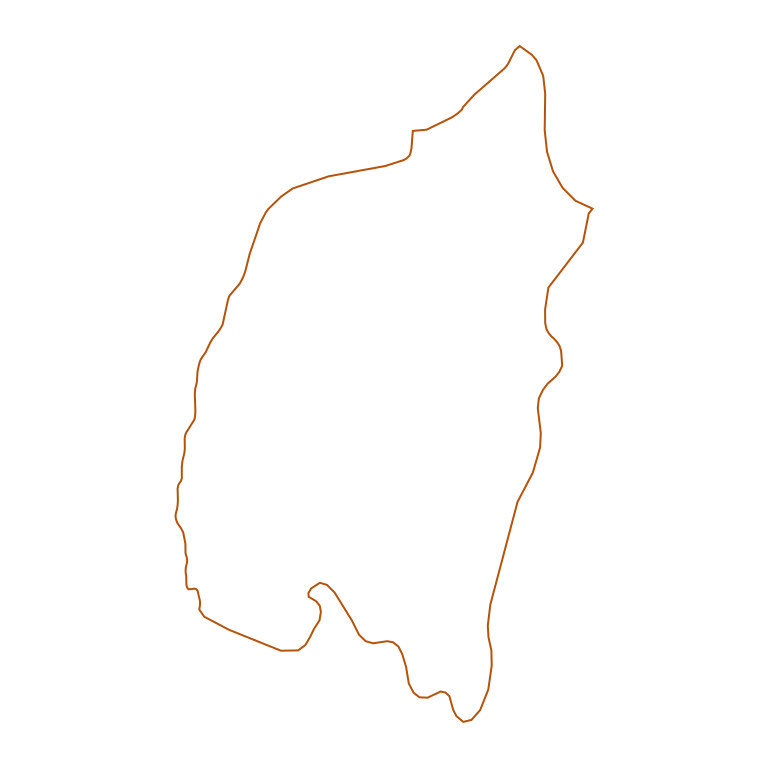 SVG path tracing the border of Amnat Charoen
{"feature_id": "THA-427", "entity_name": "Amnat Charoen", "entity_type": "Province", "adm_level": 1, "iso_a3": "THA", "parent_name": "Thailand", "parent_adm1": "", "projection": "equal_earth", "projection_center": [104.701, 15.883], "detail": "fine", "context": "isolated", "style": "outline", "palette": "amber", "viewbox_px": 768, "rotation_deg": 0, "n_neighbors": 0, "source": "natural_earth", "source_scale": "10m", "svg_char_len": 2168}
<svg xmlns="http://www.w3.org/2000/svg" viewBox="0 0 768 768"><path d="M519.7,46.1L531.6,54.6L536.5,60.2L543.2,75.9L545.2,93.6L544.7,130.2L547.0,151.7L553.0,171.3L562.6,187.9L575.5,200.8L592.5,208.7L588.8,213.4L582.9,242.6L548.4,287.6L545.1,309.4L545.2,323.0L546.4,329.0L548.5,332.9L551.4,336.4L554.1,338.7L557.4,342.6L559.4,345.7L561.1,350.8L562.2,365.8L559.4,371.7L555.7,376.5L547.6,383.7L542.9,390.0L538.9,398.2L537.8,408.2L540.8,433.1L540.1,447.6L532.8,472.7L517.6,501.7L490.3,604.7L487.8,625.6L488.5,637.3L491.4,650.4L491.7,665.7L488.3,689.5L480.2,710.0L471.5,719.9L463.3,721.9L456.5,716.2L453.2,709.9L449.4,696.2L445.6,692.6L440.7,691.5L427.5,697.7L419.4,697.3L413.6,692.7L408.8,683.5L406.1,667.0L402.2,654.0L398.4,646.5L393.1,642.3L387.3,641.2L373.1,643.3L365.7,641.2L359.0,634.7L351.8,620.3L334.5,592.4L327.0,584.9L319.9,582.8L311.2,588.4L308.4,593.1L308.7,596.8L316.1,601.2L319.8,605.9L320.9,611.8L319.5,620.4L314.0,628.9L310.2,636.8L305.3,645.1L298.1,650.4L280.9,650.7L229.0,629.8L204.2,616.7L199.3,609.6L200.1,604.3L200.0,601.7L199.5,598.7L198.7,595.7L197.7,591.1L196.3,589.2L194.2,588.6L191.9,589.1L188.4,589.2L187.1,587.4L186.4,584.8L186.2,575.6L185.7,573.0L185.6,570.2L185.8,567.5L187.0,562.6L187.2,560.0L186.8,557.6L186.0,555.2L185.5,552.8L185.4,543.6L183.2,532.5L181.0,528.2L177.4,523.1L176.1,519.7L175.5,516.4L175.8,513.6L177.1,508.6L177.6,505.2L177.9,500.8L177.6,488.4L178.3,485.1L179.4,483.2L180.8,481.3L181.8,478.6L181.8,466.5L182.5,460.7L184.4,452.8L184.8,448.9L184.7,438.0L185.3,434.8L186.2,432.6L194.5,419.4L195.1,416.0L195.4,411.1L194.8,394.4L195.1,390.1L195.5,387.5L196.3,384.7L196.9,381.7L197.5,371.9L198.8,365.4L199.8,361.8L200.9,359.1L205.7,352.2L210.3,342.4L212.8,338.3L218.1,331.9L220.4,328.6L221.9,325.9L222.7,324.2L227.9,300.2L229.1,296.5L230.4,294.6L239.8,283.6L243.2,277.0L245.2,271.6L249.7,253.9L260.2,223.2L265.6,212.8L268.3,209.0L281.2,196.5L292.8,188.4L328.7,176.3L385.2,166.0L403.9,160.0L406.5,158.5L409.5,155.6L410.6,152.5L411.5,148.0L412.8,130.9L426.6,129.7L452.4,117.1L458.1,113.1L461.9,109.6L462.9,107.2L474.2,94.8L504.7,68.2L507.2,65.1L508.0,64.0L514.9,50.2L519.7,46.1Z" fill="none" stroke="#b45309" stroke-width="2"/></svg>